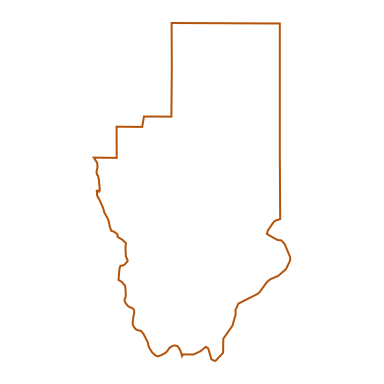 outline of Hancock, Mississippi, United States of America
{"feature_id": "52423323B49198903326940", "entity_name": "Hancock", "entity_type": "district", "adm_level": 2, "iso_a3": "USA", "parent_name": "United States of America", "parent_adm1": "Mississippi", "projection": "equal_earth", "projection_center": [-89.556, 30.411], "detail": "fine", "context": "isolated", "style": "outline", "palette": "amber", "viewbox_px": 384, "rotation_deg": 0, "n_neighbors": 0, "source": "geoboundaries", "source_scale": "gbopen_adm2", "svg_char_len": 1511}
<svg xmlns="http://www.w3.org/2000/svg" viewBox="0 0 384 384"><path d="M93.8,157.6L97.2,162.9L97.5,167.2L96.5,171.7L97.1,174.9L98.0,175.6L98.8,179.2L99.8,189.9L99.0,191.7L98.4,191.6L97.8,190.6L96.8,190.8L97.1,195.6L98.2,197.6L99.5,199.8L102.9,207.5L104.3,212.3L108.5,220.3L109.6,225.8L111.2,230.8L113.6,231.5L116.8,233.7L117.4,234.5L117.6,236.8L122.4,239.8L125.9,243.1L125.5,247.6L125.8,256.1L127.5,260.1L127.7,260.9L124.8,264.4L123.5,265.2L120.4,265.9L120.2,266.3L119.5,268.4L118.5,279.9L121.6,281.8L125.0,285.6L125.4,287.8L125.8,294.5L125.4,298.1L125.1,298.4L124.5,299.5L124.8,301.8L127.4,305.5L129.0,306.8L133.1,308.6L134.2,310.6L134.2,312.8L133.3,317.2L132.6,322.8L132.7,324.1L133.3,325.8L135.0,328.5L136.1,329.5L137.7,330.2L141.1,330.9L143.5,334.0L147.7,342.2L148.5,345.8L149.4,348.0L152.0,352.2L155.4,355.4L157.7,356.4L161.9,354.9L166.0,352.5L168.0,350.1L169.0,348.4L170.1,347.3L173.1,345.7L174.6,345.4L177.4,346.1L178.9,347.9L180.3,350.4L182.1,356.1L183.0,354.4L193.5,354.5L200.5,351.2L205.8,346.8L208.2,348.4L211.4,359.3L214.7,361.0L216.0,360.4L223.1,352.8L223.3,338.7L232.4,325.8L235.6,314.5L235.5,310.0L238.4,303.6L257.4,294.0L259.6,292.2L267.0,281.9L270.8,279.0L278.2,275.9L286.1,269.0L290.1,260.5L290.2,257.3L284.7,244.1L281.4,240.4L277.6,240.0L273.2,237.6L266.8,233.9L268.0,230.2L273.6,222.1L275.7,220.5L280.2,219.1L279.8,157.3L279.8,92.4L279.8,23.5L171.6,23.0L171.8,67.6L171.4,116.6L144.0,116.5L142.2,126.9L116.6,126.7L116.7,157.9L93.8,157.6Z" fill="none" stroke="#b45309" stroke-width="2"/></svg>